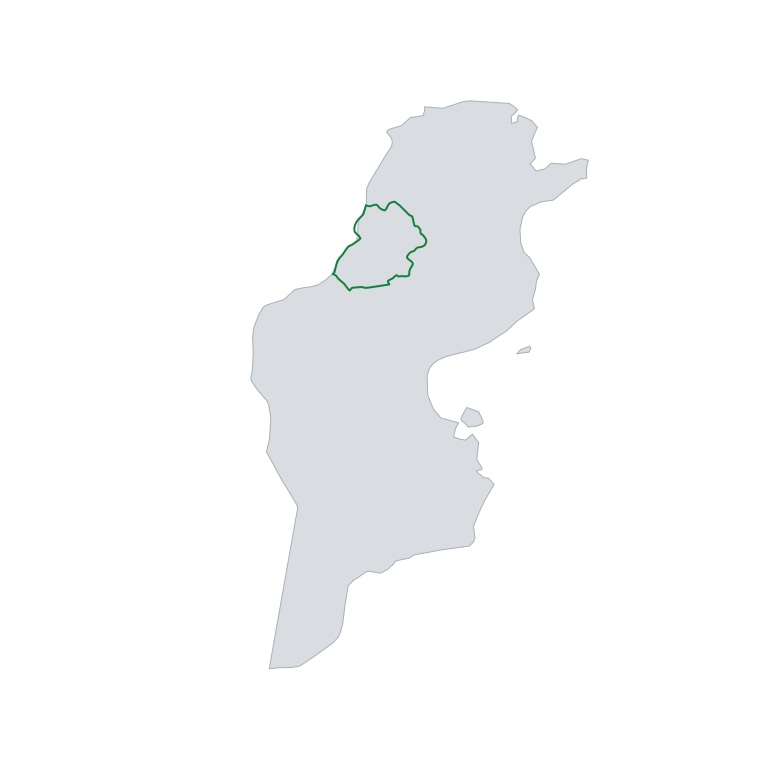 Kassérine on a map of Tunisia (Natural Earth projection), rotated 22°
{"feature_id": "TUN-110", "entity_name": "Kassérine", "entity_type": "Governorate", "adm_level": 1, "iso_a3": "TUN", "parent_name": "Tunisia", "parent_adm1": "", "projection": "natural_earth1", "projection_center": [8.892, 35.211], "detail": "medium", "context": "in_parent", "style": "outline", "palette": "green", "viewbox_px": 768, "rotation_deg": 22, "n_neighbors": 0, "source": "natural_earth", "source_scale": "10m", "svg_char_len": 4247}
<svg xmlns="http://www.w3.org/2000/svg" viewBox="0 0 768 768"><g transform="rotate(22 384 384)"><path d="M523.5,435.8L523.4,438.0L521.0,454.5L520.5,460.4L520.2,470.4L520.3,482.4L526.0,492.5L526.1,497.0L524.0,502.2L513.7,508.1L500.3,515.7L488.9,523.0L476.3,530.9L472.5,536.1L466.2,540.1L461.0,544.0L460.1,547.8L456.5,555.0L451.7,560.7L439.7,563.4L437.5,565.2L432.0,573.8L429.4,577.2L426.3,584.3L430.4,602.7L435.5,621.6L436.5,629.5L436.4,636.1L433.6,643.1L427.3,653.3L422.6,660.7L413.6,674.1L411.0,677.4L404.7,681.3L392.7,686.5L384.3,691.0L379.9,670.6L376.2,653.2L373.2,638.8L367.8,613.5L363.3,592.1L358.7,570.7L354.6,551.2L350.5,531.7L348.7,528.8L336.4,519.6L325.0,511.1L313.2,501.4L300.4,490.9L298.4,477.7L291.8,457.8L284.9,446.7L282.3,443.8L268.4,436.6L260.4,431.3L258.2,428.3L256.7,420.2L251.0,404.1L244.5,389.5L242.1,379.6L241.9,367.1L243.2,358.1L246.0,354.3L259.7,343.1L266.0,329.7L273.8,324.6L280.5,320.8L286.0,316.4L290.9,309.3L294.6,301.7L295.2,293.5L296.8,280.5L299.3,271.4L305.0,261.2L302.6,252.9L299.6,244.0L300.5,228.5L299.8,222.2L297.3,216.7L294.9,209.6L294.8,203.6L297.2,188.1L299.1,176.2L302.0,160.8L301.0,156.4L298.8,153.2L292.3,149.8L292.2,147.7L293.9,145.5L303.5,137.9L308.7,126.9L313.0,124.6L319.6,120.6L319.4,116.3L317.9,111.7L335.0,106.5L351.3,92.9L357.1,89.5L394.9,77.0L399.8,77.8L405.3,79.7L403.7,84.4L401.6,88.1L404.8,94.6L409.4,90.6L408.2,88.0L407.9,84.4L415.7,84.1L422.6,84.6L430.1,88.6L429.7,103.4L439.8,117.9L437.0,125.1L445.3,129.4L452.6,124.3L456.3,116.7L469.8,112.3L482.5,101.2L489.6,100.0L491.3,109.2L494.8,117.1L489.9,119.9L483.8,128.4L472.2,150.0L461.4,156.3L453.3,164.6L450.7,170.5L450.0,177.4L452.1,189.7L458.1,202.2L464.9,209.8L471.6,212.1L487.0,224.1L486.8,231.2L489.0,239.6L489.9,249.8L495.3,258.0L483.9,275.8L477.8,288.7L465.6,306.5L454.7,318.1L431.4,335.2L425.7,340.9L421.9,346.8L420.2,353.0L420.9,360.2L428.7,378.0L439.0,388.6L449.4,394.2L467.6,392.0L467.0,398.8L468.4,407.0L475.8,406.7L480.7,405.4L484.8,397.4L493.7,402.9L498.5,419.6L506.0,424.8L506.9,426.7L504.3,428.0L502.2,430.0L504.5,431.3L511.8,433.4L516.1,432.1L523.5,435.8ZM484.8,389.1L482.9,389.5L479.5,391.9L477.7,392.1L472.6,389.5L470.7,389.5L468.2,387.6L469.0,377.6L469.8,374.7L482.2,374.3L488.9,380.4L490.0,381.9L490.3,383.7L487.2,387.0L484.8,389.1ZM506.6,300.0L495.9,306.2L497.9,300.8L505.0,294.3L506.8,295.8L506.6,300.0Z" fill="#d9dde1" stroke="#a8b0b8" stroke-width="1"/><path d="M295.5,301.1L296.0,300.3L296.2,299.1L295.0,290.4L294.8,287.2L295.5,283.9L297.2,279.3L298.5,272.9L299.4,269.9L302.7,266.2L306.9,259.6L307.6,257.9L305.2,256.0L302.3,255.1L299.7,253.8L298.1,250.7L297.6,247.2L297.8,244.0L298.5,241.0L301.1,234.9L301.1,232.3L300.4,225.1L303.8,224.7L304.7,224.4L305.9,223.2L308.3,221.3L309.2,220.9L309.8,220.6L310.4,220.7L311.0,220.9L314.1,222.5L314.9,222.7L318.1,223.0L319.6,222.8L319.8,222.5L320.2,221.9L320.3,221.3L320.5,220.2L320.8,216.7L321.2,215.1L321.7,214.1L322.8,213.0L324.3,211.7L325.1,211.3L325.7,211.0L326.4,211.1L332.0,212.7L344.0,217.8L347.5,218.1L351.8,224.3L353.1,225.8L353.4,225.9L354.0,225.9L355.6,225.3L356.2,225.3L358.9,226.6L359.6,227.1L360.0,227.5L360.8,229.4L361.4,230.3L361.7,230.7L362.1,230.9L363.9,231.2L365.3,231.9L367.9,233.5L368.4,233.9L369.0,234.5L369.4,235.1L369.8,236.1L370.0,236.7L370.1,237.3L369.9,238.8L369.7,240.0L369.4,240.5L369.0,241.1L368.2,242.0L367.3,242.9L364.9,244.3L364.2,244.8L363.6,245.5L363.0,246.5L362.3,248.9L362.0,249.3L361.7,249.7L360.6,250.7L359.9,251.1L359.1,252.2L358.0,254.9L357.7,256.6L357.7,257.2L357.8,257.8L358.1,258.2L358.7,258.6L358.9,258.8L364.2,260.4L365.2,261.0L365.7,261.7L365.8,262.4L365.8,263.4L365.2,267.0L365.2,268.0L365.3,269.5L365.4,270.4L365.7,271.3L366.3,272.7L366.4,273.1L366.4,273.7L366.3,274.3L365.4,275.1L363.6,276.2L360.1,277.3L357.4,278.8L357.0,278.8L356.4,278.7L355.2,278.4L354.8,278.6L354.4,278.9L353.8,279.9L352.6,282.5L352.1,283.2L349.8,285.8L349.4,286.5L349.2,287.0L349.4,287.7L349.9,288.3L350.2,288.6L351.2,289.1L351.4,289.4L351.5,289.7L350.9,290.2L333.8,300.3L331.7,301.4L330.4,301.9L327.2,302.4L326.6,302.6L319.4,306.2L318.7,306.7L318.1,307.3L317.9,307.8L317.5,309.4L317.2,310.1L316.6,310.0L315.6,309.6L310.8,306.8L309.8,306.1L302.2,303.5L300.8,302.7L299.9,302.0L298.9,301.5L295.5,301.1Z" fill="none" stroke="#15803d" stroke-width="2"/></g></svg>